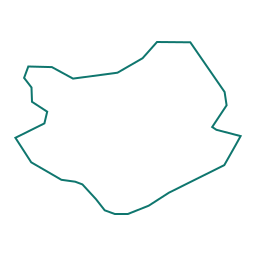 map outline of Warrington (Robinson projection)
{"feature_id": "GBR-2774", "entity_name": "Warrington", "entity_type": "Unitary Authority", "adm_level": 1, "iso_a3": "GBR", "parent_name": "United Kingdom", "parent_adm1": "", "projection": "robinson", "projection_center": [-2.569, 53.387], "detail": "fine", "context": "isolated", "style": "outline", "palette": "teal", "viewbox_px": 256, "rotation_deg": 0, "n_neighbors": 0, "source": "natural_earth", "source_scale": "10m", "svg_char_len": 473}
<svg xmlns="http://www.w3.org/2000/svg" viewBox="0 0 256 256"><path d="M28.3,66.5L51.9,67.1L73.0,78.6L117.5,72.7L142.6,58.2L157.0,42.0L190.3,42.3L224.6,92.0L226.6,105.3L212.2,127.0L216.4,129.8L240.6,136.1L235.8,144.8L224.3,165.1L168.9,192.7L148.7,205.7L127.8,214.0L114.8,214.0L104.7,210.3L96.0,199.2L82.4,184.4L75.2,181.7L61.4,179.8L31.2,162.3L15.4,137.8L44.4,123.4L47.2,111.7L32.0,101.8L31.5,87.5L24.1,77.9L28.3,66.5Z" fill="none" stroke="#0f766e" stroke-width="2"/></svg>